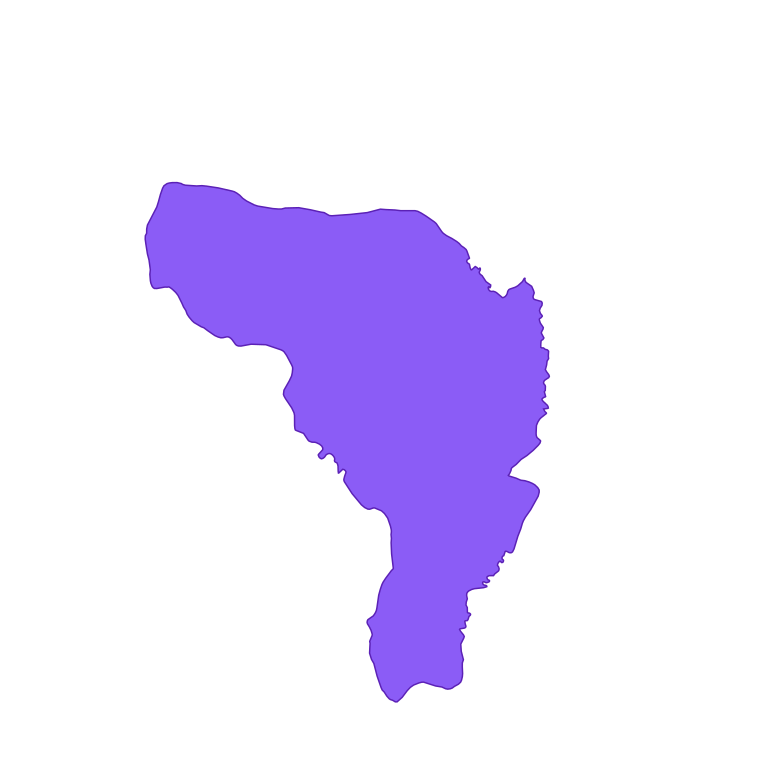 outline of Santa Ana de Yusguare, Choluteca, Honduras, rotated 145°
{"feature_id": "27666195B49671611441491", "entity_name": "Santa Ana de Yusguare", "entity_type": "district", "adm_level": 2, "iso_a3": "HND", "parent_name": "Honduras", "parent_adm1": "Choluteca", "projection": "mercator", "projection_center": [-87.098, 13.304], "detail": "fine", "context": "isolated", "style": "filled", "palette": "violet", "viewbox_px": 768, "rotation_deg": 145, "n_neighbors": 0, "source": "geoboundaries", "source_scale": "gbopen_adm2", "svg_char_len": 6162}
<svg xmlns="http://www.w3.org/2000/svg" viewBox="0 0 768 768"><g transform="rotate(145 384 384)"><path d="M334.7,558.7L337.2,561.1L344.3,568.9L352.7,577.3L364.0,584.8L367.5,586.1L370.5,588.2L374.5,591.5L385.4,602.2L387.7,605.3L391.6,612.7L393.2,617.1L393.9,621.3L395.0,624.6L396.3,627.3L397.7,629.1L407.3,639.7L415.8,647.8L419.4,650.9L423.9,653.7L432.7,660.8L434.4,662.9L435.1,664.5L438.0,667.7L442.1,670.5L444.6,671.8L446.8,672.6L450.5,672.6L453.0,671.4L458.3,667.6L464.3,662.6L468.6,659.3L486.6,649.9L489.5,647.1L492.0,643.6L494.5,642.3L496.6,639.5L498.9,635.0L503.2,626.2L505.4,620.3L509.9,611.6L512.9,608.1L516.2,602.5L517.2,600.1L517.9,597.0L517.8,595.3L517.3,594.0L515.3,592.5L507.9,589.1L505.9,587.6L504.6,587.0L503.9,585.7L503.0,582.9L502.1,578.5L501.9,574.7L503.2,566.1L504.0,562.1L504.2,557.9L505.2,554.1L505.3,550.6L504.9,546.0L504.3,543.2L500.9,535.7L499.3,533.4L497.9,529.0L494.8,520.7L493.0,517.7L491.2,515.5L489.4,514.3L485.7,512.8L484.7,512.1L484.2,511.4L483.4,509.7L483.0,507.5L482.9,501.4L482.4,500.0L481.5,498.7L479.4,497.1L470.0,492.8L458.2,483.9L448.8,471.1L447.9,469.4L447.4,467.8L447.4,463.2L448.7,452.7L449.2,450.3L450.2,448.7L452.8,445.7L455.2,443.5L459.8,440.9L469.5,436.3L472.3,433.2L472.8,431.4L473.1,428.5L473.3,417.4L474.2,412.1L475.3,409.6L481.1,401.2L482.5,398.7L483.0,397.3L482.7,396.5L478.2,389.7L478.4,381.5L478.1,380.1L476.4,377.7L474.0,375.9L473.1,374.8L471.3,371.6L470.6,369.0L470.8,366.9L471.4,365.9L472.0,365.3L477.7,364.0L478.6,363.6L479.1,361.5L478.8,359.6L478.0,358.5L476.5,358.1L474.7,358.2L471.9,359.2L470.5,359.1L469.4,358.8L468.5,358.3L467.7,357.4L467.1,356.0L466.8,354.5L466.8,352.8L467.0,351.6L467.5,350.7L468.5,349.7L468.8,348.9L468.7,348.0L467.8,346.5L468.0,345.1L468.7,343.2L471.6,338.8L472.4,337.2L472.1,337.0L466.7,337.8L465.7,336.6L465.4,335.1L465.5,334.0L466.1,333.2L469.2,331.0L471.5,329.0L472.1,328.1L472.5,326.8L473.0,312.5L471.8,298.0L470.7,293.9L469.0,290.8L467.5,289.6L463.9,288.6L462.8,287.9L458.8,281.6L457.9,277.6L457.9,272.0L460.2,264.0L461.7,260.3L462.8,258.6L464.6,256.6L466.5,253.2L469.2,249.9L475.2,240.5L482.1,227.7L482.7,227.3L485.0,226.9L494.1,223.9L498.4,222.2L500.7,220.9L504.7,218.0L509.4,214.1L518.3,204.6L520.1,202.9L522.0,201.7L523.8,200.9L525.8,200.2L532.3,200.2L533.6,199.5L534.6,198.4L535.1,197.0L535.3,193.5L535.9,189.6L537.2,185.7L538.0,184.8L543.3,181.4L544.2,179.5L550.2,171.8L552.2,165.6L552.6,160.9L557.2,148.6L560.5,137.0L561.0,134.3L560.5,131.6L560.7,126.8L560.3,123.3L559.8,121.9L558.3,119.9L557.1,117.2L555.6,116.1L548.8,116.9L540.8,119.5L536.4,120.4L532.4,120.4L526.9,119.1L524.2,118.1L522.6,117.1L514.9,107.0L510.4,102.6L508.3,99.0L506.8,97.5L504.5,96.3L502.5,95.8L499.8,95.9L495.2,95.4L492.3,95.8L490.4,96.9L487.7,99.3L485.7,101.7L482.1,107.4L479.8,110.6L477.1,112.6L474.0,120.8L470.3,126.9L464.4,130.1L463.1,131.1L462.8,132.8L463.1,137.6L462.9,139.6L462.5,139.8L461.8,139.7L458.3,138.0L457.4,137.8L456.6,137.9L455.8,138.6L455.1,140.8L453.9,143.3L453.3,143.4L451.3,142.4L449.9,143.1L447.8,144.8L446.0,145.1L445.4,145.4L445.1,146.0L445.2,146.7L445.6,147.5L446.5,148.3L446.6,149.2L444.0,153.1L443.6,155.9L441.7,158.2L439.0,160.2L437.6,163.4L436.3,165.0L434.9,165.6L433.5,165.9L430.0,165.4L427.4,164.5L419.2,160.0L416.1,159.0L415.7,159.4L415.9,160.4L417.3,161.9L417.7,163.1L417.5,164.2L416.8,165.0L416.1,164.9L415.4,164.5L414.6,163.0L413.8,162.3L411.6,161.7L410.9,161.8L410.4,162.3L410.4,162.9L411.1,164.0L411.2,164.9L410.8,166.4L409.9,167.0L407.8,166.7L404.2,164.2L402.3,164.9L397.4,165.2L396.4,165.8L395.6,166.8L395.0,168.7L395.1,170.3L394.1,171.4L392.3,172.3L390.8,172.4L390.1,171.8L390.3,170.8L390.0,170.2L389.1,169.8L388.2,170.0L387.3,170.9L387.2,171.5L387.6,172.9L386.8,174.2L385.8,174.8L384.3,174.7L380.8,177.3L380.2,177.2L379.4,176.4L378.2,174.1L377.4,173.3L376.2,172.7L374.9,172.8L372.1,174.3L361.7,182.5L355.1,186.9L350.6,190.5L348.3,192.0L344.6,193.8L336.0,196.9L322.0,203.7L318.9,206.4L317.7,208.2L317.5,210.9L318.3,214.9L319.5,217.5L321.4,220.6L324.1,224.0L327.1,226.7L329.8,231.1L334.0,236.5L334.6,237.5L334.6,237.9L333.1,238.3L331.6,239.1L329.6,240.3L328.2,241.7L327.1,242.1L321.9,242.3L314.9,243.6L308.0,243.4L299.8,244.1L293.0,245.3L290.2,246.1L288.7,247.2L288.3,247.9L289.4,252.4L288.9,254.3L287.9,256.1L282.9,262.6L279.8,264.6L276.7,265.9L274.6,266.3L267.9,266.7L267.6,267.2L268.0,269.3L267.6,272.0L263.9,270.1L263.2,270.0L262.6,271.3L262.4,272.8L263.6,278.6L263.6,280.1L263.3,281.0L262.6,281.3L260.5,281.3L259.2,280.9L258.8,281.0L257.1,285.7L255.6,286.2L253.1,289.5L252.8,290.5L252.9,292.7L252.6,293.5L251.8,294.2L250.9,294.7L249.9,294.9L245.3,294.8L244.1,295.5L243.7,297.1L243.8,300.6L243.6,303.2L239.9,306.3L237.3,309.2L234.6,310.4L233.4,312.6L230.4,316.4L230.4,317.3L230.7,318.4L232.1,320.0L232.6,322.0L234.2,323.3L234.5,324.1L232.8,326.6L230.6,329.2L230.0,329.4L228.3,329.3L226.6,330.0L225.9,335.6L224.7,336.5L222.2,337.8L221.1,338.9L221.0,344.1L220.4,346.3L219.7,347.9L219.1,348.3L217.3,348.2L215.5,348.7L215.2,349.4L215.4,352.1L214.6,354.9L212.6,356.5L209.5,357.8L208.0,359.5L207.7,360.6L207.8,361.4L212.1,366.7L212.6,368.0L212.3,369.2L211.6,370.3L208.7,372.5L207.9,374.8L207.0,379.3L209.4,385.8L209.1,388.1L208.7,388.8L208.0,389.4L208.0,389.9L208.7,390.0L211.8,388.5L218.1,387.7L221.0,388.0L226.5,389.6L227.6,389.7L229.4,389.0L231.2,387.4L232.7,386.6L234.6,386.1L236.3,386.3L237.2,386.6L237.5,387.0L239.4,394.2L240.1,395.7L241.2,397.2L243.2,398.4L244.0,399.8L244.1,401.7L243.4,403.2L242.7,403.6L242.2,403.5L242.0,403.1L242.3,402.4L241.9,402.1L240.8,402.7L239.8,403.9L241.7,409.3L241.5,416.4L242.2,418.6L242.3,419.7L241.9,421.0L240.0,422.0L239.1,422.9L238.8,423.7L239.3,424.1L240.2,423.8L240.8,424.1L241.1,426.2L241.9,427.9L246.7,427.2L247.1,427.5L247.1,428.3L246.7,430.0L245.4,432.9L245.4,433.6L246.1,435.2L246.0,436.9L245.5,437.5L244.7,437.9L243.4,438.1L242.1,437.9L241.8,438.1L239.8,445.4L239.6,447.1L240.3,449.9L241.4,452.7L241.8,456.0L242.7,459.0L244.8,464.0L247.7,469.7L249.0,473.4L249.3,475.7L249.2,485.4L249.7,487.7L253.2,497.3L255.5,502.7L257.3,506.1L259.2,508.2L270.9,516.4L275.3,520.3L282.3,525.7L286.7,529.3L299.4,534.0L314.3,542.2L330.2,551.7L332.2,553.4L334.7,558.7Z" fill="#8b5cf6" stroke="#5b21b6" stroke-width="1.5"/></g></svg>